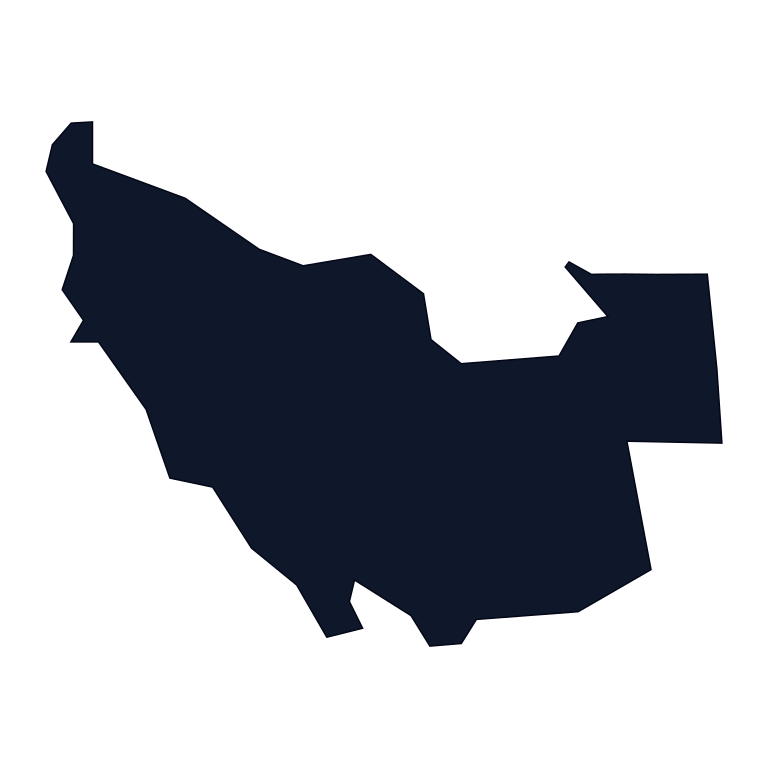 outline of Longochuk, Upper Nile, South Sudan
{"feature_id": "79223893B31888405901503", "entity_name": "Longochuk", "entity_type": "district", "adm_level": 2, "iso_a3": "SSD", "parent_name": "South Sudan", "parent_adm1": "Upper Nile", "projection": "albers", "projection_center": [33.507, 9.303], "detail": "fine", "context": "isolated", "style": "filled", "palette": "ink", "viewbox_px": 768, "rotation_deg": 0, "n_neighbors": 0, "source": "geoboundaries", "source_scale": "gbopen_adm2", "svg_char_len": 685}
<svg xmlns="http://www.w3.org/2000/svg" viewBox="0 0 768 768"><path d="M721.9,443.1L716.9,369.1L707.3,274.2L655.9,274.4L625.4,274.1L601.4,274.2L591.4,274.4L569.0,261.9L565.2,267.0L607.9,316.6L577.8,322.9L559.0,356.0L461.2,363.7L431.0,339.6L423.5,293.8L370.8,254.4L303.1,265.8L259.2,249.3L185.2,198.3L92.5,163.9L92.5,121.9L71.2,123.1L52.4,144.7L46.1,171.4L73.6,223.6L73.5,255.4L62.2,289.7L83.5,320.3L70.9,341.9L98.5,341.9L146.1,409.4L169.9,478.1L212.6,487.1L251.5,548.1L296.7,585.0L326.8,637.2L362.6,628.2L349.4,601.6L354.5,580.0L411.0,615.6L429.9,646.1L461.3,643.5L476.4,619.4L578.1,611.7L651.0,569.6L626.9,441.2L721.9,443.1Z" fill="#0f172a" stroke="#020617" stroke-width="1.5"/></svg>